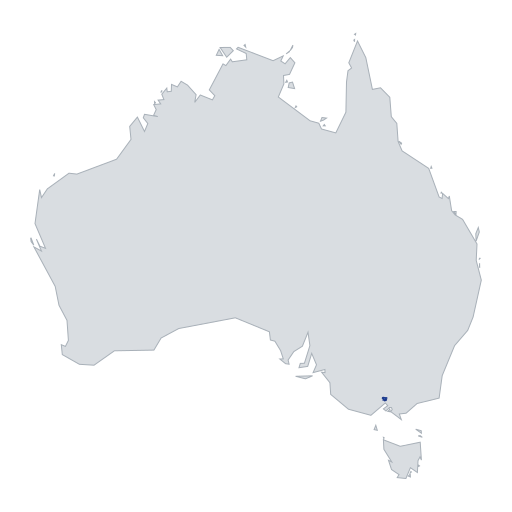 Hume, Victoria, Australia (highlighted)
{"feature_id": "25037944B10619545343998", "entity_name": "Hume", "entity_type": "district", "adm_level": 2, "iso_a3": "AUS", "parent_name": "Australia", "parent_adm1": "Victoria", "projection": "natural_earth1", "projection_center": [144.895, -37.597], "detail": "fine", "context": "in_parent", "style": "filled", "palette": "blue", "viewbox_px": 512, "rotation_deg": 0, "n_neighbors": 0, "source": "geoboundaries", "source_scale": "gbopen_adm2", "svg_char_len": 4495}
<svg xmlns="http://www.w3.org/2000/svg" viewBox="0 0 512 512"><path d="M365.8,57.6L372.4,89.4L380.5,87.8L389.8,97.3L391.3,116.7L396.8,123.4L398.1,141.5L402.1,150.9L428.7,168.4L439.1,197.0L442.1,198.5L442.6,193.4L448.4,198.6L449.3,196.0L451.6,210.6L455.1,214.9L462.6,219.4L477.0,244.0L476.2,260.4L481.3,280.1L473.1,317.0L467.7,330.4L454.6,345.6L442.2,375.6L439.1,398.1L417.1,403.5L406.1,413.2L399.3,414.0L401.3,419.6L390.6,411.5L392.2,409.6L391.5,407.6L389.5,407.5L386.0,411.0L383.4,408.9L387.7,405.6L385.3,403.0L370.9,415.3L348.4,409.2L330.7,394.4L329.9,382.7L321.6,372.2L325.0,372.6L324.9,369.5L313.1,372.6L316.5,364.8L311.7,353.4L307.7,366.4L299.0,367.7L300.3,363.4L304.4,363.3L309.9,345.6L308.0,332.2L302.4,346.2L293.8,351.6L288.1,360.0L289.1,364.2L285.6,363.7L279.8,359.0L283.3,358.9L280.6,350.6L274.9,341.2L270.4,340.0L269.4,331.8L235.3,317.8L178.8,328.5L161.1,338.0L153.9,350.1L114.4,350.8L94.0,365.2L79.4,364.3L62.3,354.6L61.3,344.7L65.4,346.4L68.4,340.4L67.0,320.4L59.0,305.3L55.2,286.4L33.9,246.9L41.5,251.1L36.4,239.1L39.9,246.2L45.5,248.3L35.0,223.6L39.7,189.6L41.5,197.6L47.4,188.8L69.0,173.2L76.9,174.1L116.6,159.2L131.0,139.4L129.7,126.4L137.4,117.1L144.5,131.5L147.8,123.5L143.3,117.8L144.5,114.3L157.8,116.6L153.6,115.3L156.2,109.6L153.7,104.6L160.7,103.9L158.1,100.1L163.9,99.6L161.8,94.2L166.8,88.1L167.2,91.8L171.3,91.3L171.5,84.4L177.4,86.9L181.1,81.3L187.5,85.1L196.1,94.7L194.7,102.4L200.3,95.0L212.4,99.9L214.8,95.7L209.3,89.9L223.0,63.9L225.9,65.6L230.6,59.1L232.3,61.8L246.8,59.8L246.2,53.5L236.5,48.9L238.1,47.3L273.1,60.7L283.2,55.9L280.8,61.0L285.1,63.8L290.3,57.6L294.9,62.8L289.5,74.4L283.5,75.5L283.9,83.9L278.3,97.0L310.1,120.8L318.8,123.2L321.5,129.0L335.8,132.9L345.9,112.2L346.5,82.0L348.0,70.7L351.6,68.0L348.8,62.8L357.5,41.0L365.8,57.6ZM383.4,439.8L400.2,446.3L420.2,442.2L421.4,460.1L420.0,456.9L418.0,460.7L417.4,472.5L410.4,467.7L405.9,478.5L397.2,477.6L399.0,474.6L391.5,469.5L388.5,460.3L391.8,462.0L383.9,449.3L383.4,439.8ZM220.1,47.5L230.2,47.4L233.3,50.7L226.7,57.2L220.1,47.5ZM295.6,376.3L312.6,375.8L305.4,378.8L295.6,376.3ZM292.5,82.1L294.6,88.6L288.2,87.5L289.2,82.9L292.5,82.1ZM476.1,241.1L475.8,233.7L478.3,227.5L479.3,232.0L476.1,241.1ZM415.7,429.2L421.2,430.7L421.4,433.2L415.7,429.2ZM219.1,49.4L222.7,55.7L216.3,55.3L219.1,49.4ZM377.3,430.3L374.1,429.6L375.8,425.3L377.3,430.3ZM326.5,118.1L323.5,120.1L320.5,121.2L322.0,117.5L326.5,118.1ZM33.8,245.2L31.1,241.6L30.7,238.2L31.1,238.1L33.8,245.2ZM420.1,435.6L422.3,437.3L418.2,435.9L420.1,435.6ZM453.8,211.5L456.1,211.5L456.0,214.8L453.8,211.5ZM398.9,141.2L401.6,143.2L401.1,144.3L398.9,141.2ZM410.2,474.1L410.4,477.0L408.3,476.1L410.2,474.1ZM479.6,263.2L479.7,267.3L479.4,267.2L479.6,263.2ZM245.7,47.1L244.0,45.4L245.1,44.5L245.7,47.1ZM292.5,47.5L290.1,50.7L292.9,45.1L292.5,47.5ZM480.1,258.3L478.9,259.6L479.7,258.2L480.1,258.3ZM296.7,106.8L295.3,107.5L296.0,105.9L296.7,106.8ZM287.5,82.0L285.7,82.3L286.8,80.3L287.5,82.0ZM54.7,173.4L54.3,176.0L53.5,175.8L54.7,173.4ZM354.6,39.5L354.5,41.7L353.8,40.1L354.6,39.5ZM389.6,408.6L390.0,410.0L389.4,409.6L389.6,408.6ZM289.4,51.7L286.1,53.9L289.5,51.1L289.4,51.7ZM162.0,91.0L160.8,92.6L161.5,90.8L162.0,91.0ZM411.4,472.0L410.3,472.6L410.9,471.5L411.4,472.0ZM325.2,125.8L323.3,125.8L324.3,124.5L325.2,125.8ZM155.5,102.7L154.6,103.6L154.5,101.6L155.5,102.7ZM419.5,465.9L418.0,466.7L418.5,465.1L419.5,465.9ZM355.7,33.5L355.5,35.0L354.5,34.3L355.7,33.5ZM388.7,410.5L390.2,411.8L387.8,411.4L388.7,410.5ZM431.9,168.2L430.7,168.3L431.2,166.5L431.9,168.2ZM441.6,193.1L441.0,193.1L441.4,191.8L441.6,193.1ZM384.1,437.6L383.8,438.7L383.4,437.3L384.1,437.6Z" fill="#d9dde1" stroke="#a8b0b8" stroke-width="1"/><path d="M385.2,400.5L385.4,400.3L385.6,400.3L385.9,400.3L386.0,400.3L386.1,400.2L386.2,399.9L386.2,399.7L386.0,399.4L385.9,399.4L386.0,399.3L385.9,399.3L386.0,399.3L385.9,399.3L385.9,399.2L385.9,399.3L385.9,399.2L386.0,398.9L386.0,399.0L386.0,398.9L386.0,398.7L385.9,398.4L386.0,398.3L386.0,398.2L386.2,397.9L385.9,397.9L385.2,397.8L384.6,397.9L384.0,397.8L383.9,397.8L383.9,397.7L383.9,397.8L383.9,397.7L383.7,397.7L383.4,397.5L383.2,397.5L382.9,397.7L382.9,397.8L382.8,397.7L382.7,397.7L382.5,398.1L382.7,398.3L382.8,398.4L382.8,398.5L383.0,398.8L383.1,399.0L383.3,399.3L383.5,399.4L383.6,399.6L383.7,399.9L383.8,399.9L384.0,399.9L383.9,400.0L384.0,400.0L384.3,400.0L384.5,400.2L384.5,400.3L384.4,400.3L384.5,400.4L384.6,400.5L384.7,400.4L384.7,400.5L384.8,400.5L385.2,400.5L385.2,400.5Z" fill="#3b82f6" stroke="#1e3a8a" stroke-width="1.5"/></svg>